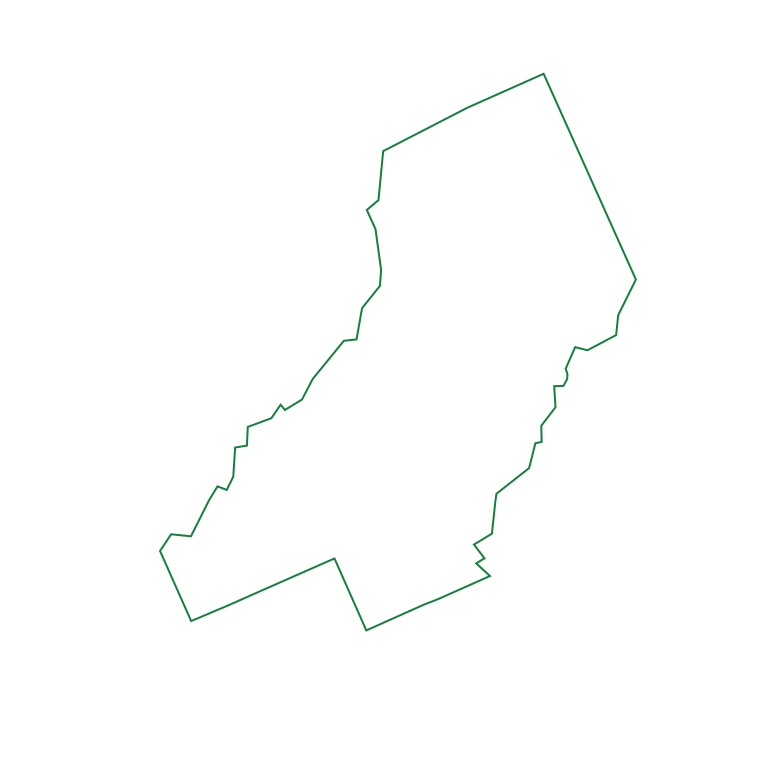 outline of Madison, Mississippi, United States of America, rotated 336°
{"feature_id": "52423323B64400488372532", "entity_name": "Madison", "entity_type": "district", "adm_level": 2, "iso_a3": "USA", "parent_name": "United States of America", "parent_adm1": "Mississippi", "projection": "orthographic", "projection_center": [-90.09, 32.642], "detail": "fine", "context": "isolated", "style": "outline", "palette": "green", "viewbox_px": 768, "rotation_deg": 336, "n_neighbors": 0, "source": "geoboundaries", "source_scale": "gbopen_adm2", "svg_char_len": 922}
<svg xmlns="http://www.w3.org/2000/svg" viewBox="0 0 768 768"><g transform="rotate(336 384 384)"><path d="M656.0,165.5L572.7,165.5L478.0,170.9L453.7,213.8L439.1,218.0L439.2,239.1L427.8,278.5L420.2,292.7L394.8,305.8L381.5,325.5L377.0,332.1L364.9,328.2L320.9,350.4L302.8,364.8L282.9,367.4L281.1,360.9L267.2,369.4L242.1,367.8L233.7,384.5L222.2,381.5L208.5,407.5L197.2,416.8L190.3,409.8L176.9,419.0L145.7,444.6L128.4,434.7L111.5,445.4L111.4,522.1L153.6,522.9L184.0,522.9L240.3,523.1L264.4,523.2L267.8,523.3L267.6,601.9L318.6,601.8L331.0,601.8L345.8,602.5L350.6,602.5L358.9,602.5L387.4,602.5L402.7,602.5L395.3,585.4L404.9,584.1L400.9,567.3L421.7,564.6L438.4,535.8L442.1,530.0L482.4,519.8L498.2,499.7L504.5,501.0L510.7,486.1L531.2,475.0L538.6,455.2L547.1,458.7L553.3,454.0L555.6,449.6L556.2,443.9L573.6,428.1L583.6,435.9L616.0,433.7L625.9,416.4L656.6,391.0L656.0,165.5Z" fill="none" stroke="#15803d" stroke-width="2"/></g></svg>